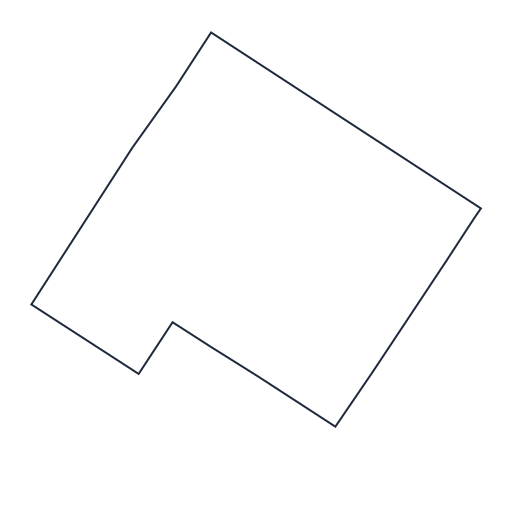 Portage, Wisconsin, United States of America (Mercator projection), rotated 303°
{"feature_id": "52423323B90937384795518", "entity_name": "Portage", "entity_type": "district", "adm_level": 2, "iso_a3": "USA", "parent_name": "United States of America", "parent_adm1": "Wisconsin", "projection": "mercator", "projection_center": [-89.565, 44.465], "detail": "fine", "context": "isolated", "style": "outline", "palette": "slate", "viewbox_px": 512, "rotation_deg": 303, "n_neighbors": 0, "source": "geoboundaries", "source_scale": "gbopen_adm2", "svg_char_len": 326}
<svg xmlns="http://www.w3.org/2000/svg" viewBox="0 0 512 512"><g transform="rotate(303 256 256)"><path d="M93.0,94.0L93.2,221.8L155.0,222.1L155.2,267.5L156.1,323.3L156.1,415.5L222.6,417.0L354.7,418.3L406.8,418.4L418.4,418.7L419.0,96.6L354.9,96.6L279.3,93.3L93.0,94.0Z" fill="none" stroke="#1e293b" stroke-width="2"/></g></svg>